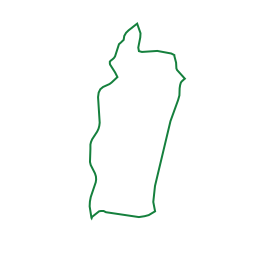 outline of Ðong Tháp, rotated 60°
{"feature_id": "VNM-500", "entity_name": "Ðong Tháp", "entity_type": "Province", "adm_level": 1, "iso_a3": "VNM", "parent_name": "Vietnam", "parent_adm1": "", "projection": "orthographic", "projection_center": [105.526, 10.632], "detail": "fine", "context": "isolated", "style": "outline", "palette": "green", "viewbox_px": 256, "rotation_deg": 60, "n_neighbors": 0, "source": "natural_earth", "source_scale": "10m", "svg_char_len": 992}
<svg xmlns="http://www.w3.org/2000/svg" viewBox="0 0 256 256"><g transform="rotate(60 128 128)"><path d="M102.4,56.5L113.7,54.1L113.9,55.3L114.6,58.4L115.2,59.6L116.9,61.4L119.4,63.4L125.5,67.2L128.9,70.7L143.3,87.8L191.7,133.6L204.7,143.1L213.7,146.2L213.8,153.6L212.7,157.7L210.6,163.1L189.9,189.2L187.7,190.6L186.4,192.8L185.7,194.7L187.0,203.5L187.9,204.6L187.6,204.6L176.7,200.4L172.7,197.8L169.1,194.7L158.9,183.1L156.6,181.3L153.9,180.0L150.8,179.3L141.4,178.8L138.4,177.9L127.3,171.0L123.5,168.8L121.6,167.0L119.8,164.6L115.7,156.5L113.9,153.9L111.8,151.8L109.3,149.9L86.3,138.5L82.7,135.7L80.6,132.6L80.0,129.1L80.7,122.0L80.4,119.5L78.6,111.7L73.5,111.4L64.1,111.8L62.9,111.4L61.4,110.5L61.0,109.0L60.8,107.3L60.4,105.3L59.5,103.4L50.9,93.9L50.6,92.3L49.5,87.7L46.4,85.2L44.6,82.1L43.7,78.6L42.2,67.9L52.2,69.8L55.7,72.1L63.5,78.9L66.9,80.1L69.1,77.9L75.9,64.1L85.1,53.3L88.0,51.4L89.0,51.9L95.5,53.7L100.6,56.3L102.4,56.5Z" fill="none" stroke="#15803d" stroke-width="2"/></g></svg>